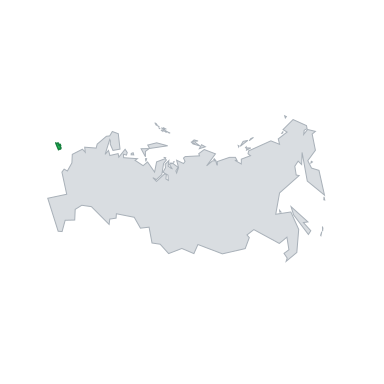 Kaliningrad highlighted on a map of Russia, rotated 64°
{"feature_id": "RUS-2324", "entity_name": "Kaliningrad", "entity_type": "Region", "adm_level": 1, "iso_a3": "RUS", "parent_name": "Russia", "parent_adm1": "", "projection": "albers", "projection_center": [21.339, 54.816], "detail": "fine", "context": "in_parent", "style": "filled", "palette": "green", "viewbox_px": 384, "rotation_deg": 64, "n_neighbors": 0, "source": "natural_earth", "source_scale": "10m", "svg_char_len": 4640}
<svg xmlns="http://www.w3.org/2000/svg" viewBox="0 0 384 384"><g transform="rotate(64 192 192)"><path d="M292.3,124.3L295.6,137.8L293.1,135.4L287.5,136.2L286.4,130.2L274.2,126.5L276.5,136.1L252.9,152.9L254.7,161.4L258.1,160.5L266.2,169.0L260.9,191.8L241.8,209.7L248.2,217.3L238.3,225.9L237.1,240.0L225.0,243.5L220.3,250.3L204.8,246.0L201.9,254.2L189.4,255.0L178.4,269.5L182.2,271.7L180.3,277.8L184.8,280.7L161.1,288.8L155.6,296.9L156.4,304.6L165.8,309.7L161.8,318.4L170.6,326.1L168.6,329.5L134.4,324.4L139.1,305.6L117.1,300.2L115.4,296.9L118.5,294.8L113.2,287.2L105.7,283.1L105.5,271.7L109.5,270.5L104.7,268.8L110.5,258.9L107.4,256.2L104.4,244.5L105.5,241.4L102.7,237.1L107.3,232.7L121.9,237.9L120.0,244.8L113.1,244.5L110.3,242.9L108.7,242.9L120.1,253.6L118.0,248.8L123.2,249.8L125.1,241.6L128.6,242.5L124.3,233.4L128.1,232.9L130.1,234.7L128.0,237.1L131.2,238.4L138.1,226.5L138.6,229.3L146.9,224.4L145.5,218.8L157.7,216.9L149.4,210.6L150.3,201.5L152.0,201.0L154.0,205.1L163.1,211.5L165.2,218.6L161.9,220.9L166.9,219.3L163.8,209.0L164.9,207.3L168.8,209.7L171.2,208.2L166.3,206.2L161.5,209.4L158.6,205.2L155.3,204.0L153.6,199.0L158.3,202.1L161.6,200.4L162.2,199.7L156.9,200.2L157.9,196.7L163.7,193.7L166.0,197.3L168.2,197.5L164.2,193.4L156.7,191.9L162.7,187.1L161.4,184.8L157.8,184.8L157.2,182.6L162.8,169.4L160.5,169.1L159.2,162.4L168.0,154.2L174.9,167.4L173.0,160.0L174.3,156.9L177.9,157.7L178.6,157.7L178.8,157.3L175.7,156.0L177.3,143.2L179.9,137.8L183.5,137.7L182.3,139.6L188.4,135.4L184.1,133.3L185.0,123.5L182.2,124.9L179.9,123.1L180.6,98.7L187.5,92.4L182.1,91.2L179.8,80.3L175.8,82.8L171.2,69.4L182.5,60.0L185.5,60.8L185.7,64.1L189.2,66.4L186.5,60.7L191.6,54.5L192.6,58.6L208.6,62.8L214.6,74.2L222.9,74.1L228.2,68.4L252.9,74.3L232.7,83.6L204.7,75.7L215.4,81.4L210.8,83.1L213.9,88.3L222.4,90.9L224.2,88.5L231.2,113.7L248.7,126.5L253.3,111.9L272.4,112.5L292.3,124.3ZM139.8,193.6L134.3,211.0L130.4,211.2L132.3,202.2L139.8,193.6ZM248.6,109.4L269.7,100.9L268.3,105.3L278.9,102.2L281.2,106.0L257.1,110.7L248.6,109.4ZM130.8,218.8L134.2,211.5L135.1,216.1L139.9,218.4L130.8,218.8ZM172.1,128.6L168.9,123.8L170.1,119.2L172.1,128.6ZM149.0,167.3L154.1,164.7L149.5,169.7L149.0,167.3ZM146.1,167.3L148.8,164.2L146.7,169.7L146.1,167.3ZM153.7,162.7L157.2,160.2L156.3,166.4L153.7,162.7ZM171.0,118.1L169.8,115.7L169.9,112.8L171.0,118.1ZM88.4,292.9L95.0,290.6L95.5,293.3L88.4,292.9ZM117.1,194.1L119.1,192.7L115.2,195.4L117.1,194.1ZM176.5,123.2L178.2,119.9L178.3,124.7L176.5,123.2ZM133.1,228.1L131.9,230.4L130.7,229.7L130.9,227.7L133.1,228.1ZM120.8,191.4L122.5,190.0L123.8,189.9L120.8,191.4ZM127.1,187.7L126.9,189.2L125.3,189.7L125.3,188.9L127.1,187.7ZM129.0,186.7L127.4,187.6L129.4,185.8L129.0,186.7ZM142.1,218.2L144.3,220.1L141.7,219.2L142.1,218.2ZM148.9,168.5L148.6,170.2L147.4,170.6L148.9,168.5ZM121.4,189.7L123.6,188.1L123.1,189.3L121.4,189.7ZM165.6,74.1L166.4,75.7L164.1,75.3L165.6,74.1ZM114.9,194.2L116.6,193.9L113.4,195.2L114.9,194.2ZM149.8,200.7L148.4,202.3L149.7,200.6L149.8,200.7ZM171.9,157.4L173.6,157.0L172.3,158.2L171.9,157.4ZM177.4,83.6L178.8,84.6L178.6,85.6L177.4,83.6ZM125.0,190.7L123.6,191.0L125.6,190.3L125.0,190.7ZM123.6,189.0L124.7,189.3L123.1,189.6L123.6,189.0ZM280.2,89.9L281.9,90.2L284.5,91.8L280.2,89.9ZM123.0,191.7L124.2,192.0L123.1,192.5L123.0,191.7ZM157.6,196.6L157.0,198.2L156.7,198.4L157.6,196.6ZM217.8,70.6L218.1,72.4L216.7,71.3L217.8,70.6ZM175.2,123.5L176.5,124.0L175.6,124.5L175.2,123.5ZM246.9,121.3L249.0,120.8L248.6,121.9L246.9,121.3ZM254.2,75.5L257.4,76.2L256.8,76.9L254.2,75.5ZM121.3,192.9L120.4,193.6L120.0,193.5L121.3,192.9ZM156.7,194.4L157.4,195.4L156.9,195.4L156.7,194.4ZM171.3,129.5L172.0,130.3L170.5,130.1L171.3,129.5ZM287.3,95.4L284.5,92.7L287.8,95.3L287.3,95.4Z" fill="#d9dde1" stroke="#a8b0b8" stroke-width="1"/><path d="M92.4,289.7L92.4,289.8L92.6,290.0L92.9,290.1L93.0,290.1L93.1,290.3L93.4,290.4L93.5,290.5L93.8,290.5L94.0,290.7L94.3,290.5L94.7,290.6L95.0,290.5L95.1,290.8L95.2,291.0L95.3,291.0L95.5,291.1L95.4,291.1L95.6,291.2L95.6,291.3L95.7,291.5L95.5,291.8L95.4,291.9L95.4,292.0L95.4,292.3L95.3,292.5L95.3,292.8L95.4,293.1L95.5,293.3L95.4,293.4L95.0,293.3L94.4,293.3L93.8,293.3L93.2,293.3L92.2,293.2L91.4,293.2L90.7,293.1L90.1,293.1L89.2,293.0L88.7,293.0L88.4,292.9L88.7,292.6L88.9,292.4L89.0,292.1L89.1,291.9L89.2,291.7L89.1,291.3L89.1,291.2L89.3,290.9L89.4,291.0L89.5,291.0L89.8,291.0L90.1,291.0L90.4,290.9L90.7,290.6L91.1,290.1L91.4,289.7L91.5,289.8L91.4,289.8L91.3,290.0L91.2,290.1L91.2,290.3L90.9,290.6L90.6,290.9L90.5,291.0L91.0,291.0L91.5,291.2L91.8,291.2L92.0,291.1L92.1,290.9L92.0,290.3L92.0,290.2L92.2,289.9L92.3,289.7L92.4,289.7Z" fill="#22c55e" stroke="#15803d" stroke-width="1.5"/></g></svg>